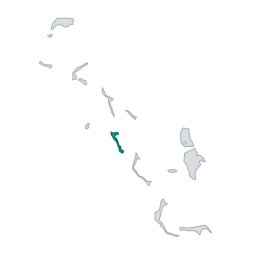 location of Cat Island within The Bahamas, rotated 187°
{"feature_id": "BHS-5030", "entity_name": "Cat Island", "entity_type": "District", "adm_level": 1, "iso_a3": "BHS", "parent_name": "The Bahamas", "parent_adm1": "", "projection": "albers", "projection_center": [-75.539, 24.414], "detail": "fine", "context": "in_parent", "style": "filled", "palette": "teal", "viewbox_px": 256, "rotation_deg": 187, "n_neighbors": 0, "source": "natural_earth", "source_scale": "10m", "svg_char_len": 4052}
<svg xmlns="http://www.w3.org/2000/svg" viewBox="0 0 256 256"><g transform="rotate(187 128 128)"><path d="M68.6,101.9L68.5,106.0L68.7,109.1L68.4,110.2L65.0,112.2L64.2,113.3L61.0,114.4L59.1,116.0L58.2,113.4L56.3,111.7L56.1,109.0L54.7,109.9L52.6,109.3L49.3,107.1L47.3,104.3L50.2,103.8L50.8,105.6L53.2,103.5L52.7,102.3L52.3,102.2L51.5,100.1L55.2,94.6L56.0,91.1L54.5,85.3L56.0,85.0L59.9,87.0L61.7,89.0L61.7,91.8L63.3,93.9L65.7,98.9L68.6,101.9ZM71.0,117.5L71.0,118.3L67.9,120.4L70.1,121.9L72.3,118.6L73.9,121.4L74.8,126.4L74.6,127.3L74.7,128.1L75.0,129.0L75.1,130.4L73.3,134.8L67.2,134.3L67.1,130.5L66.2,129.8L64.9,124.5L63.0,122.7L60.4,118.3L62.0,117.2L64.0,117.6L65.1,117.1L67.9,116.8L69.7,116.2L71.0,117.5ZM215.9,220.8L214.9,223.3L211.7,228.1L204.2,229.4L195.9,229.7L195.3,228.4L195.1,227.3L195.7,225.5L195.6,224.8L195.3,224.1L198.3,223.3L200.2,221.1L203.3,220.7L207.2,222.1L209.3,222.2L212.4,220.4L214.8,216.7L216.3,217.1L215.9,220.8ZM85.0,61.6L84.4,61.9L81.8,58.5L79.7,57.5L83.0,55.1L84.5,53.1L84.5,48.6L85.3,46.1L85.1,44.0L85.9,41.8L84.9,39.4L82.2,37.4L76.8,29.6L68.2,27.6L63.7,27.5L66.2,26.3L68.5,26.5L71.9,27.3L76.1,27.7L78.6,30.0L81.0,33.0L83.2,34.3L84.1,35.1L84.0,35.9L84.4,36.8L87.2,38.2L90.1,40.5L90.9,47.2L86.9,50.3L86.1,59.9L85.0,61.6ZM47.0,33.1L50.6,34.2L52.6,34.1L53.8,33.4L59.2,33.8L63.6,32.9L64.2,34.7L64.1,35.6L54.8,36.3L46.2,38.8L41.4,40.5L39.2,40.6L37.6,39.7L32.0,34.1L33.5,34.6L37.6,37.8L40.3,37.3L42.7,35.3L43.1,33.8L42.8,33.1L43.9,30.7L47.0,33.1ZM102.5,75.9L107.5,79.8L111.8,81.3L116.4,86.1L118.4,87.8L118.8,89.3L117.9,96.4L116.9,100.7L117.0,104.4L115.9,103.3L114.8,100.8L113.0,99.4L112.4,98.7L115.7,98.5L116.0,94.7L117.6,91.6L117.4,88.5L113.6,85.0L111.0,81.9L107.0,80.9L103.3,77.8L101.1,77.4L98.4,77.9L99.4,76.1L100.1,73.7L100.6,73.3L102.5,75.9ZM158.2,163.8L158.0,164.7L154.1,158.0L149.1,156.3L146.3,154.7L146.8,153.8L148.8,153.4L149.1,151.2L148.3,148.9L145.7,144.2L144.2,141.1L143.5,140.3L143.3,137.7L146.4,141.8L147.7,145.4L149.8,149.0L151.2,155.2L155.2,157.3L158.1,160.3L158.2,163.8ZM178.2,186.7L176.0,187.8L176.5,186.0L180.7,183.0L183.0,180.4L184.3,179.4L184.8,178.7L186.6,177.7L187.5,176.0L187.3,174.6L185.3,172.4L185.3,170.8L186.0,169.7L189.2,169.1L188.4,170.8L189.7,175.6L185.5,181.7L181.8,183.6L178.2,186.7ZM143.6,119.7L143.8,121.4L141.7,121.0L138.6,121.7L137.5,121.7L138.2,120.6L140.3,119.0L140.4,117.4L137.8,115.3L134.8,109.8L133.3,108.5L132.7,106.5L130.1,104.3L130.7,103.1L131.2,102.8L132.9,103.4L136.8,111.2L137.1,112.0L143.6,119.7ZM214.7,178.9L216.6,179.4L217.7,179.3L221.3,180.3L223.5,181.6L224.0,182.2L222.8,183.5L219.5,181.2L216.6,180.9L212.5,181.1L210.9,180.6L212.0,178.1L214.7,178.9ZM182.7,169.4L183.4,170.0L181.5,171.4L177.0,169.8L176.0,169.9L175.0,168.1L174.7,166.8L174.9,165.6L177.6,166.5L179.0,168.2L182.7,169.4ZM80.9,91.7L77.4,92.4L75.0,91.7L74.3,91.1L75.4,90.2L77.8,89.4L81.5,89.4L83.1,90.3L83.3,90.8L80.9,91.7ZM132.5,145.1L131.2,145.3L128.9,144.4L123.5,140.2L121.0,139.9L121.8,137.5L123.7,138.4L128.1,141.9L129.7,143.7L132.5,145.1ZM170.7,124.0L168.3,127.7L167.0,127.4L167.7,122.8L169.4,122.0L170.1,122.1L170.7,124.0ZM219.2,210.1L215.0,211.8L214.6,209.9L216.7,208.3L219.2,210.1Z" fill="#d9dde1" stroke="#a8b0b8" stroke-width="1"/><path d="M143.4,119.1L143.6,119.6L144.1,121.5L142.7,121.1L142.1,121.0L141.3,121.1L139.9,121.4L139.5,121.6L138.9,122.1L138.2,122.2L137.3,121.6L137.0,120.9L137.6,120.6L138.1,120.5L138.8,120.2L139.4,119.7L139.7,119.2L140.3,119.2L140.5,118.3L140.4,117.2L139.8,116.7L138.9,116.5L138.2,116.0L136.6,113.3L136.3,112.3L135.7,111.4L135.6,111.0L135.4,109.9L134.9,109.1L134.1,108.6L133.1,108.5L133.2,108.2L133.2,107.8L133.2,107.3L133.1,106.9L132.9,106.5L132.8,106.4L132.6,106.3L131.2,105.1L130.2,104.6L129.9,104.4L129.7,104.1L129.7,103.8L129.8,103.5L130.5,102.8L130.7,102.7L131.2,102.7L131.4,102.9L132.2,103.7L133.0,104.0L133.4,104.2L133.7,104.6L134.0,106.8L134.2,107.4L134.5,107.7L135.0,108.2L135.4,108.7L135.8,109.8L136.6,111.4L138.4,113.9L138.9,114.3L140.1,115.0L140.7,115.5L141.5,117.1L141.7,117.4L142.0,117.6L143.4,119.1Z" fill="#14b8a6" stroke="#0f766e" stroke-width="1.5"/></g></svg>